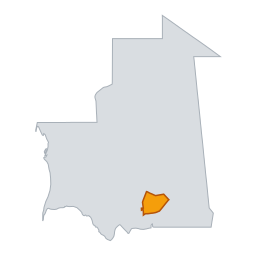 Eayoune El Atrous, Hodh el Gharbi, Mauritania shown in context
{"feature_id": "47542326B47795340566920", "entity_name": "Eayoune El Atrous", "entity_type": "district", "adm_level": 2, "iso_a3": "MRT", "parent_name": "Mauritania", "parent_adm1": "Hodh el Gharbi", "projection": "natural_earth1", "projection_center": [-9.445, 16.825], "detail": "fine", "context": "in_parent", "style": "filled", "palette": "amber", "viewbox_px": 256, "rotation_deg": 0, "n_neighbors": 0, "source": "geoboundaries", "source_scale": "gbopen_adm2", "svg_char_len": 3678}
<svg xmlns="http://www.w3.org/2000/svg" viewBox="0 0 256 256"><path d="M107.6,239.5L107.3,239.4L105.7,238.1L104.9,236.5L103.6,235.4L101.9,234.6L100.7,233.7L100.2,232.7L99.5,232.1L98.8,231.7L98.8,231.4L98.9,230.9L98.8,230.0L97.7,228.0L96.8,227.0L95.9,227.2L95.5,226.9L95.2,226.5L95.1,225.8L94.5,225.3L93.5,225.0L92.8,223.5L92.2,220.8L91.4,218.6L90.5,217.1L89.8,216.5L89.3,216.4L89.1,216.2L89.0,215.7L88.3,215.6L87.2,216.0L86.3,215.9L85.8,215.1L85.2,215.1L84.4,215.7L83.5,215.5L82.5,214.5L82.0,213.5L81.9,212.6L80.2,210.6L77.0,207.7L73.4,206.4L69.5,206.6L67.4,206.4L66.9,206.0L66.4,206.0L66.0,206.5L65.4,206.7L64.9,206.4L64.6,206.6L64.4,207.3L63.1,207.7L60.5,207.7L58.4,208.2L56.8,209.1L54.5,209.5L51.6,209.3L49.9,209.0L49.3,208.5L48.5,208.3L47.4,208.6L46.4,210.1L45.5,212.6L44.8,214.1L44.2,214.5L43.6,216.4L43.3,219.6L42.7,221.0L42.8,213.0L43.7,210.0L44.0,207.4L45.8,201.5L48.0,196.8L50.0,190.4L50.8,184.3L50.6,178.3L50.1,172.9L49.1,169.4L48.2,164.3L46.8,161.6L44.3,159.2L43.7,157.8L44.3,157.3L45.9,157.0L46.9,155.1L44.8,155.8L47.3,150.2L48.1,146.4L48.0,143.8L48.5,142.3L46.7,138.9L45.2,134.7L44.5,134.0L43.7,133.6L43.7,134.6L43.2,135.5L42.3,135.0L40.8,131.9L38.6,126.9L37.8,126.3L37.1,127.0L36.7,127.7L35.9,131.9L35.7,130.2L36.1,128.3L36.6,125.9L37.3,122.5L39.2,122.5L42.7,122.5L49.6,122.5L53.1,122.5L60.0,122.5L63.5,122.5L70.4,122.4L73.9,122.4L80.8,122.4L84.3,122.4L91.2,122.4L94.7,122.4L97.0,122.4L96.9,120.0L96.8,118.1L96.7,115.6L96.5,113.1L96.4,110.5L96.3,108.1L96.2,105.8L96.1,103.6L96.0,101.5L95.8,100.4L95.1,98.1L94.9,96.9L95.1,95.7L95.6,94.5L97.0,92.5L99.0,90.9L101.4,89.0L103.2,87.6L104.1,87.2L106.9,86.7L109.1,85.7L111.3,84.6L112.2,84.1L112.3,82.1L112.5,38.6L123.1,38.6L125.9,38.6L145.4,38.6L148.2,38.6L162.4,38.6L162.4,36.5L162.4,33.6L162.4,29.5L162.4,25.5L162.4,18.4L162.3,15.4L165.2,17.4L170.8,21.3L173.6,23.3L179.2,27.3L184.8,31.3L190.5,35.3L193.3,37.3L196.1,39.2L199.0,41.2L201.8,43.2L207.4,47.2L209.8,48.9L213.5,51.6L216.9,54.1L220.3,56.6L215.0,56.6L208.0,56.6L203.2,56.6L198.3,56.6L193.7,56.6L194.2,60.7L194.6,65.2L195.1,69.6L195.5,74.1L196.0,78.6L197.3,92.0L197.8,96.5L198.3,100.9L198.7,105.4L199.2,109.9L200.1,118.8L200.5,123.3L201.0,127.7L201.4,132.2L201.9,136.7L202.4,141.1L203.3,150.1L203.7,154.5L204.2,159.0L204.6,163.5L205.1,167.9L205.5,172.4L206.0,176.9L206.5,181.3L207.4,190.2L207.8,194.7L208.3,199.2L208.7,203.6L209.2,208.0L211.0,210.2L213.3,213.1L212.7,217.1L211.9,221.9L211.1,227.2L204.7,227.2L198.5,227.2L182.9,227.2L179.8,227.2L164.2,227.2L161.1,227.2L155.1,227.2L153.3,227.1L152.7,226.7L152.4,223.9L151.9,224.1L151.3,224.9L151.0,225.8L151.1,226.9L151.0,227.9L149.0,228.2L146.3,228.9L143.4,229.4L140.5,229.2L139.6,229.0L138.5,228.6L136.2,228.2L135.0,228.2L133.6,228.3L131.9,228.5L131.3,229.0L130.1,231.0L128.8,233.4L128.0,233.4L127.1,232.1L124.6,229.6L121.7,226.5L120.3,224.9L119.6,224.7L118.1,225.8L116.9,226.9L115.6,228.4L115.0,229.9L114.6,231.7L114.4,233.8L113.9,236.2L112.8,238.1L111.6,239.6L110.7,240.3L110.3,240.6L107.6,239.5ZM45.9,151.6L44.9,153.4L44.5,152.7L44.3,151.6L45.2,149.9L45.6,149.1L46.4,148.8L45.9,151.6Z" fill="#d9dde1" stroke="#a8b0b8" stroke-width="1"/><path d="M161.6,208.5L162.0,208.0L163.2,206.5L165.5,203.6L168.6,199.8L168.8,199.7L163.7,194.2L156.2,195.5L155.4,195.6L151.5,193.8L150.4,193.4L149.9,193.2L148.8,192.6L147.3,191.8L146.5,191.6L143.8,198.6L143.3,199.9L142.5,202.2L143.3,208.0L141.4,208.2L141.4,208.3L141.5,210.2L143.0,209.4L143.0,209.8L143.1,210.3L143.3,211.3L143.4,212.5L143.4,213.4L143.4,214.3L143.4,215.1L145.2,213.8L146.6,213.7L148.0,213.7L150.1,213.4L151.4,213.2L152.8,213.1L155.5,212.6L156.4,212.3L157.9,211.7L158.7,211.3L159.4,211.1L161.6,208.5Z" fill="#f59e0b" stroke="#b45309" stroke-width="1.5"/></svg>